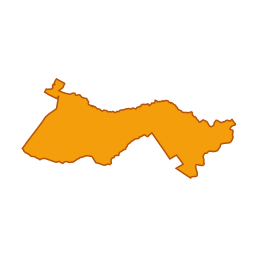 Ruiru, Central, Kenya (Mercator projection), rotated 354°
{"feature_id": "3690345B55338568349306", "entity_name": "Ruiru", "entity_type": "district", "adm_level": 2, "iso_a3": "KEN", "parent_name": "Kenya", "parent_adm1": "Central", "projection": "mercator", "projection_center": [37.042, -1.194], "detail": "fine", "context": "isolated", "style": "filled", "palette": "amber", "viewbox_px": 256, "rotation_deg": 354, "n_neighbors": 0, "source": "geoboundaries", "source_scale": "gbopen_adm2", "svg_char_len": 5929}
<svg xmlns="http://www.w3.org/2000/svg" viewBox="0 0 256 256"><g transform="rotate(354 128 128)"><path d="M46.0,109.7L45.3,110.5L44.0,112.3L36.5,120.4L32.4,124.7L24.8,132.8L23.9,134.0L23.3,134.7L22.4,135.5L20.7,137.3L21.2,137.8L21.7,138.6L21.8,139.3L22.2,140.4L22.8,140.9L23.3,141.7L25.4,142.8L25.9,143.3L26.4,143.8L27.2,144.2L27.8,145.3L28.4,145.7L29.2,146.2L30.3,146.4L31.1,146.5L31.9,146.7L32.9,147.2L33.5,148.0L34.7,148.6L36.2,149.6L36.9,150.3L37.8,150.2L38.6,149.6L39.7,149.5L41.8,149.6L42.5,149.6L44.2,150.5L49.9,153.2L52.4,154.3L53.4,154.5L54.3,154.4L56.0,154.0L57.6,155.2L59.4,156.4L60.3,155.8L61.3,155.2L62.1,154.9L63.0,154.9L63.7,155.0L64.7,155.5L65.8,156.1L70.2,156.1L70.7,155.6L71.7,155.1L72.4,154.9L73.0,154.5L73.9,153.9L74.9,153.5L76.2,153.2L77.3,152.3L78.3,152.4L80.2,152.0L81.1,152.0L81.6,151.5L82.3,151.4L83.1,151.1L83.8,151.6L84.3,151.3L85.2,151.3L86.1,151.7L87.3,152.1L88.4,152.3L89.1,152.6L89.6,153.3L90.2,154.6L90.9,156.1L91.5,157.3L91.9,158.3L92.4,159.1L94.2,159.8L96.1,160.5L97.1,160.9L97.8,161.5L98.9,161.9L100.0,162.4L101.0,162.5L101.9,162.5L103.3,162.0L104.3,161.9L105.1,162.0L106.1,162.5L106.7,161.9L107.3,161.6L107.8,161.2L107.8,160.4L107.7,159.2L107.9,157.6L108.4,156.9L109.6,156.0L110.5,156.1L111.1,155.8L111.5,154.6L113.0,154.2L114.0,154.1L114.8,154.1L115.8,154.3L116.2,153.5L116.7,151.7L117.3,151.3L119.7,150.2L121.4,149.2L122.1,149.1L122.9,149.0L123.5,148.5L124.0,147.5L124.7,146.6L125.3,145.9L125.7,144.8L126.5,144.1L127.9,143.3L128.8,142.8L129.5,141.9L130.3,141.6L133.9,139.7L134.6,139.7L135.6,139.6L136.7,139.6L137.6,139.5L138.2,138.6L138.7,138.0L139.7,138.1L143.3,136.5L144.2,136.8L145.5,138.0L146.5,138.6L147.3,138.3L147.9,137.6L148.4,137.2L149.2,136.7L150.1,136.1L151.2,135.3L157.2,146.2L162.0,154.9L166.4,163.2L173.3,160.0L175.4,163.3L175.9,164.1L179.1,169.8L171.6,173.1L178.1,178.6L185.1,184.3L185.8,183.3L186.6,183.2L187.3,183.2L189.1,183.2L190.0,183.3L191.0,183.1L191.6,182.7L192.0,181.9L192.1,181.0L192.1,179.3L191.9,178.2L191.8,177.5L191.6,176.8L191.3,174.0L191.4,172.7L191.8,171.8L192.6,171.6L193.5,171.8L194.3,172.2L195.8,172.7L196.8,172.9L197.6,173.0L198.5,173.0L199.8,172.2L200.0,171.4L199.9,170.5L199.8,169.8L200.0,168.9L200.1,168.1L200.1,167.0L200.0,166.1L199.9,165.4L199.7,164.5L199.7,163.8L201.6,161.2L202.4,161.2L203.3,161.3L204.3,161.0L205.2,160.0L206.0,159.6L206.9,159.5L209.6,160.2L210.8,160.4L211.9,160.4L213.1,160.2L213.9,160.1L214.9,159.6L215.6,158.9L215.9,158.3L216.8,157.2L217.3,156.7L217.8,156.0L218.1,154.8L218.7,153.8L219.9,153.4L222.0,153.3L226.7,153.3L227.7,153.2L228.4,152.8L229.0,152.3L229.9,151.2L230.8,149.7L231.5,148.5L231.5,147.8L231.4,147.1L231.2,145.8L231.3,145.0L231.6,144.4L232.1,142.3L232.1,141.5L231.5,140.9L230.4,140.6L229.5,140.1L229.6,139.0L230.3,138.1L231.2,137.3L231.8,136.9L232.4,136.6L233.8,136.4L234.8,136.2L235.3,135.6L235.0,134.7L234.1,133.6L233.5,132.5L233.0,131.5L232.3,130.3L231.4,130.9L230.6,131.6L229.6,131.7L228.9,131.2L228.1,130.8L227.0,130.6L226.0,131.1L224.8,131.7L224.0,131.8L222.7,132.1L221.5,132.3L220.8,132.2L219.7,131.5L219.2,131.0L218.6,130.6L218.0,130.1L217.4,129.7L216.3,129.6L215.6,130.4L214.4,131.6L214.2,132.3L213.9,133.2L213.3,134.3L212.5,134.9L211.8,135.2L210.8,135.4L209.6,134.8L209.0,134.0L208.6,133.2L207.7,131.0L207.2,130.1L206.2,129.3L205.1,128.7L204.2,128.1L203.4,127.8L202.6,128.3L201.2,129.0L200.4,129.7L199.5,129.8L199.0,128.4L198.5,127.8L197.9,127.3L197.6,126.5L197.1,125.7L196.7,124.7L196.2,124.1L195.5,123.8L194.8,123.5L194.3,122.9L193.9,122.3L193.5,121.8L193.4,120.8L193.6,119.8L193.2,118.9L192.6,118.6L191.8,118.7L190.8,119.0L190.1,119.1L189.2,119.0L188.3,118.8L187.4,118.6L186.6,118.6L185.9,118.5L184.9,118.3L183.8,118.1L182.8,116.6L182.0,116.0L180.9,115.5L179.9,114.9L179.4,114.2L179.2,112.8L178.6,112.3L177.9,111.8L177.8,110.6L177.0,110.0L176.1,109.5L175.7,109.0L175.1,108.3L174.6,107.8L173.7,107.4L172.9,107.8L172.7,107.1L171.8,106.6L171.1,106.3L170.8,105.4L169.8,104.9L168.9,104.6L168.0,104.6L166.9,104.9L166.1,105.1L165.4,104.5L164.5,105.0L163.3,105.1L162.6,104.8L161.8,105.1L160.8,105.0L160.1,105.1L159.8,104.3L158.9,103.7L157.9,103.3L157.7,103.9L157.6,104.7L157.1,105.8L156.1,105.8L155.1,105.9L154.2,105.7L153.7,106.3L153.2,106.9L151.6,108.0L151.2,107.4L151.1,106.7L150.2,106.0L149.6,106.4L148.9,106.5L148.1,106.3L147.1,106.3L145.2,106.0L144.5,106.0L143.8,106.4L143.3,107.0L142.8,107.6L142.2,108.1L141.5,107.7L140.9,108.1L140.0,108.3L138.9,108.6L138.6,109.2L138.0,109.7L137.3,109.9L136.7,109.4L135.8,109.0L135.1,108.6L134.4,108.6L133.8,109.1L132.8,109.6L131.9,109.1L131.0,108.7L129.9,108.8L129.0,108.8L128.0,108.8L127.3,109.0L126.5,109.3L125.6,109.4L124.9,109.6L124.2,109.4L123.1,109.4L122.0,109.5L121.3,110.1L120.8,110.7L120.1,110.8L119.5,110.4L118.6,110.4L117.0,111.4L116.0,111.0L115.4,110.3L114.5,109.9L113.5,110.3L112.7,110.2L111.7,109.8L110.5,109.8L109.6,109.8L109.1,109.3L108.7,108.5L108.0,108.3L106.9,108.1L106.1,107.7L105.4,107.9L104.8,108.3L104.0,108.4L103.4,108.0L102.9,107.5L102.4,106.9L101.9,106.5L101.1,106.1L99.9,105.8L98.9,105.3L97.8,103.7L97.0,103.2L96.1,102.7L95.4,102.4L95.1,103.2L94.4,102.6L93.9,101.7L92.9,101.7L92.1,101.0L91.3,100.6L91.0,99.6L91.4,98.6L91.4,97.6L91.0,97.1L90.8,96.4L90.4,95.9L90.1,94.6L89.3,94.1L87.2,93.7L86.7,93.1L85.9,93.0L85.3,92.6L84.9,91.9L84.4,91.4L84.0,90.4L83.2,90.0L82.4,89.8L81.7,90.0L79.8,90.1L79.1,89.4L78.9,88.1L78.0,87.7L77.2,87.7L76.4,87.6L75.3,87.9L74.3,88.3L73.3,88.3L72.4,87.9L70.7,87.3L69.9,87.1L69.0,86.8L67.9,86.2L67.2,85.9L66.4,85.7L65.7,85.2L64.3,84.2L63.1,83.7L64.5,82.9L66.6,81.6L67.5,81.0L69.7,77.1L68.1,75.9L64.8,73.7L63.5,72.7L62.1,71.7L61.3,72.4L60.1,74.3L59.6,75.1L59.0,76.3L59.7,76.9L58.9,77.4L57.9,77.0L57.4,78.2L57.1,79.2L57.5,80.1L56.9,80.8L55.9,81.1L55.0,81.6L54.0,81.1L52.7,81.1L51.6,81.1L50.8,80.7L50.3,81.4L48.9,83.6L52.9,86.7L60.3,91.3L62.5,88.7L62.1,90.1L60.1,97.0L59.1,100.6L58.6,101.4L57.9,101.9L53.2,104.5L50.7,105.9L49.6,106.7L47.1,108.5L46.0,109.7Z" fill="#f59e0b" stroke="#b45309" stroke-width="1.5"/></g></svg>